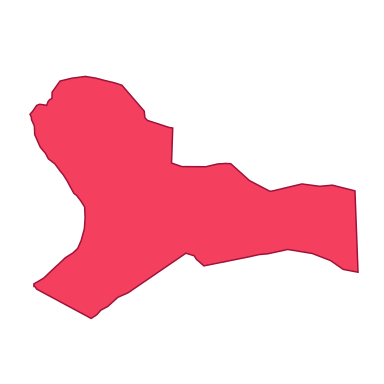 the district of Obudu, Cross River, Nigeria, rotated 267°
{"feature_id": "59680162B9948575660850", "entity_name": "Obudu", "entity_type": "district", "adm_level": 2, "iso_a3": "NGA", "parent_name": "Nigeria", "parent_adm1": "Cross River", "projection": "natural_earth1", "projection_center": [9.084, 6.544], "detail": "fine", "context": "isolated", "style": "filled", "palette": "rose", "viewbox_px": 384, "rotation_deg": 267, "n_neighbors": 0, "source": "geoboundaries", "source_scale": "gbopen_adm2", "svg_char_len": 1263}
<svg xmlns="http://www.w3.org/2000/svg" viewBox="0 0 384 384"><g transform="rotate(267 192 192)"><path d="M117.6,200.0L124.6,247.8L124.4,246.0L126.0,255.8L126.3,264.3L129.6,284.6L124.3,308.9L116.2,326.9L106.8,338.9L103.2,353.6L184.6,354.8L191.5,332.5L191.0,319.9L194.3,302.2L188.6,271.1L189.0,269.2L200.4,250.0L200.6,249.8L218.2,232.2L218.8,226.8L218.7,224.4L218.7,219.3L216.5,207.1L217.9,183.2L222.0,173.1L256.9,176.1L257.7,172.4L265.8,151.3L268.5,148.9L275.3,148.5L302.3,127.6L305.0,120.6L308.4,109.2L310.7,102.1L313.0,91.6L311.9,77.7L309.7,66.0L299.0,57.5L292.6,57.0L291.8,54.8L290.0,53.1L286.2,51.4L287.6,44.5L286.6,41.4L281.2,37.3L278.1,34.3L276.1,35.1L274.9,35.5L272.7,35.5L266.2,38.0L261.9,38.0L257.6,37.9L254.3,39.2L247.8,41.6L244.6,42.9L241.0,45.6L238.3,47.7L232.6,50.3L227.2,56.6L219.6,61.6L216.3,64.1L209.8,67.8L204.4,70.3L196.8,74.0L194.6,76.6L189.2,80.3L182.7,84.0L172.8,83.9L171.8,83.9L161.0,82.6L149.2,78.7L148.0,78.1L141.6,74.9L137.3,69.8L133.1,62.2L126.6,54.6L125.7,53.5L125.3,52.9L120.2,46.9L113.7,39.3L108.9,30.0L108.4,29.2L106.6,29.2L106.8,29.4L103.0,32.0L71.0,84.7L74.5,90.6L78.8,94.8L82.1,101.9L90.7,112.4L94.7,122.9L131.2,182.7L128.2,190.8L124.2,193.1L123.3,194.2L117.6,200.0Z" fill="#f43f5e" stroke="#9f1239" stroke-width="1.5"/></g></svg>